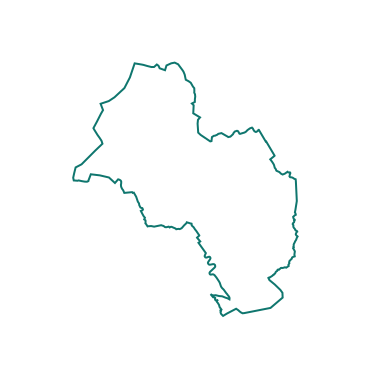 Domnesti, Arges, Romania (Natural Earth projection), rotated 239°
{"feature_id": "2599482B99518216474378", "entity_name": "Domnesti", "entity_type": "district", "adm_level": 2, "iso_a3": "ROU", "parent_name": "Romania", "parent_adm1": "Arges", "projection": "natural_earth1", "projection_center": [24.832, 45.212], "detail": "fine", "context": "isolated", "style": "outline", "palette": "teal", "viewbox_px": 384, "rotation_deg": 239, "n_neighbors": 0, "source": "geoboundaries", "source_scale": "gbopen_adm2", "svg_char_len": 5507}
<svg xmlns="http://www.w3.org/2000/svg" viewBox="0 0 384 384"><g transform="rotate(239 192 192)"><path d="M313.0,240.5L313.6,235.3L310.3,231.6L314.7,228.0L317.5,228.3L319.4,227.5L318.7,223.9L320.0,221.6L323.1,218.5L325.9,215.9L327.1,214.6L331.8,209.1L322.2,197.8L315.9,187.6L313.1,174.3L312.8,167.5L314.7,159.1L308.0,157.9L306.0,154.3L301.3,146.8L297.5,140.4L295.8,140.3L289.5,140.4L285.9,140.7L282.4,140.8L279.5,140.1L277.4,130.7L272.6,111.6L273.0,104.9L268.7,100.6L265.4,97.5L262.8,96.6L260.6,99.7L260.3,100.8L258.1,103.1L255.9,105.7L254.9,107.3L254.7,108.7L254.9,108.8L259.3,114.4L253.7,121.6L247.2,128.3L239.4,130.6L240.9,135.2L240.4,135.7L239.7,136.2L239.2,136.5L238.7,136.7L238.0,136.8L237.9,136.8L237.2,136.6L236.3,136.0L235.4,135.4L235.0,134.9L233.6,134.2L232.6,133.9L230.8,133.7L228.9,133.9L226.1,133.5L222.7,140.6L221.8,140.8L221.7,140.8L221.4,141.8L216.7,141.7L211.6,140.6L209.5,140.7L207.8,140.0L205.9,139.9L205.4,139.8L204.4,140.4L203.8,141.1L202.5,141.0L202.4,141.0L201.9,140.3L202.1,138.4L200.6,138.3L198.9,138.2L196.2,138.1L194.2,138.4L193.1,136.9L192.1,137.4L191.6,137.5L190.1,136.7L189.1,135.9L188.4,136.1L185.5,136.2L185.5,136.3L184.8,137.6L183.9,139.4L181.8,141.7L179.4,148.5L178.4,149.3L177.6,150.1L175.8,150.8L175.1,151.7L174.3,154.2L173.1,154.6L173.1,155.7L172.8,156.4L172.7,156.5L172.2,156.9L169.1,159.1L168.2,159.3L167.8,160.4L167.3,161.5L166.5,162.4L166.5,162.5L166.3,164.4L167.0,166.7L167.4,167.8L168.2,171.3L168.7,171.9L167.1,173.4L166.1,174.2L165.5,174.9L165.2,175.2L165.1,175.3L164.6,175.2L164.0,174.7L163.5,174.6L162.6,174.7L161.3,175.2L160.0,175.3L158.6,175.3L156.4,175.6L151.0,175.9L150.9,175.8L150.3,172.8L150.2,172.8L145.4,173.6L145.1,171.5L145.1,171.4L132.5,172.4L131.0,170.3L130.5,169.8L129.8,169.7L129.1,169.8L128.5,170.3L128.2,171.1L128.0,172.3L127.8,173.0L127.5,173.6L127.0,173.9L126.9,173.9L126.2,173.9L125.7,173.7L125.0,172.8L123.9,170.3L123.5,169.6L123.0,169.1L122.4,169.0L121.8,169.0L121.3,169.1L120.7,169.5L120.2,170.5L119.3,173.0L118.7,173.7L118.6,173.8L117.8,174.1L116.9,173.9L116.0,173.4L115.6,172.5L114.3,166.5L114.1,166.0L113.8,165.5L113.5,165.3L113.2,165.1L112.8,165.0L112.5,165.0L112.2,165.0L111.7,165.3L111.4,165.8L110.7,167.5L110.2,168.0L109.1,168.5L106.0,168.9L101.2,169.1L99.7,169.0L96.6,168.3L95.4,168.2L94.3,168.3L91.9,168.9L88.0,169.2L86.3,169.5L84.8,169.6L83.8,169.8L82.8,169.8L82.2,169.7L81.7,169.5L81.2,169.2L80.7,168.8L82.6,167.7L84.3,166.2L87.0,164.2L88.9,161.6L91.3,159.2L92.2,157.3L93.3,156.1L93.9,155.8L94.1,155.7L94.0,155.4L91.0,155.9L90.9,155.9L90.4,156.6L89.9,156.9L89.5,157.3L89.1,157.3L88.5,156.7L87.9,156.4L87.1,156.4L86.7,156.6L86.5,157.0L86.4,157.8L86.3,158.0L86.1,158.0L86.1,157.9L85.9,157.3L85.5,156.9L84.9,156.8L83.5,157.0L81.2,157.0L79.2,156.4L78.1,156.6L77.4,156.4L76.6,156.7L76.0,156.7L75.9,156.4L76.1,155.8L75.7,155.2L75.4,155.1L74.9,155.4L74.0,154.4L72.8,154.2L72.3,154.2L69.8,154.8L69.8,159.6L69.2,169.7L66.8,170.8L65.1,171.3L63.4,172.0L62.0,172.9L61.3,174.4L52.2,199.6L54.8,215.3L59.0,217.6L62.6,217.3L70.1,215.3L76.6,213.0L79.0,213.2L79.0,214.3L78.7,214.7L78.8,217.9L79.1,218.6L78.9,219.3L79.4,220.5L79.3,221.0L79.5,221.5L80.2,222.4L80.5,223.4L80.5,224.4L81.2,225.2L81.2,225.9L80.6,226.4L80.8,227.1L80.8,227.8L81.1,228.9L80.9,229.6L80.4,230.1L79.9,231.5L79.6,232.9L78.6,233.8L78.8,236.8L79.9,237.1L80.8,238.8L81.7,239.0L82.8,240.3L82.8,241.1L83.2,241.8L83.4,243.1L84.3,244.1L84.3,245.3L83.9,246.9L85.7,247.6L87.3,248.9L88.2,249.6L89.9,249.7L91.7,249.7L91.9,250.4L92.0,250.7L92.1,250.8L92.5,250.8L92.7,250.6L92.9,250.7L93.1,251.2L94.1,251.8L94.6,252.1L94.8,252.4L95.1,252.7L95.9,254.1L96.5,254.8L97.1,256.1L97.6,256.9L98.5,257.9L99.4,259.4L99.5,259.6L100.1,259.4L101.0,259.1L101.6,259.1L102.1,259.1L102.5,259.3L103.6,260.8L103.8,261.1L103.8,261.5L103.8,261.8L104.0,261.9L104.8,261.7L105.1,261.5L105.5,261.2L105.9,261.0L106.4,261.0L106.9,261.1L107.7,261.1L108.6,260.9L109.3,260.9L109.8,260.9L110.6,261.3L110.9,261.5L111.1,261.7L111.3,261.8L111.6,261.8L112.0,261.7L112.5,261.7L112.8,261.9L112.9,262.3L113.1,262.6L113.4,262.9L113.5,263.8L114.0,264.4L114.4,264.7L115.1,264.8L115.3,265.1L115.1,265.4L115.1,265.7L115.4,265.8L115.7,265.7L116.4,265.4L116.7,265.4L117.3,265.5L118.0,265.7L118.6,265.9L119.1,268.2L119.0,269.2L119.4,269.4L120.6,269.7L121.5,269.7L123.5,271.5L130.3,277.2L147.6,286.5L149.5,287.4L150.6,286.5L152.3,285.7L153.1,285.1L153.6,284.4L154.2,283.7L155.2,283.6L156.7,285.0L157.1,285.6L157.4,285.9L157.8,286.1L158.1,286.1L158.3,286.1L158.5,285.9L158.6,285.5L159.1,284.7L159.6,284.3L160.1,284.3L160.1,283.6L159.9,280.9L160.3,278.7L161.4,278.0L162.2,277.6L163.7,277.3L164.2,277.1L166.6,275.4L166.9,275.3L167.2,275.3L167.6,275.5L168.9,275.6L170.1,275.4L172.9,276.2L174.5,276.3L176.9,276.2L179.7,275.9L180.5,281.4L180.6,281.5L197.1,281.6L197.1,281.2L210.8,281.3L211.0,281.0L210.4,279.5L210.5,277.7L211.8,276.8L213.9,276.7L215.1,276.9L216.2,276.5L216.3,276.5L216.7,274.5L216.5,271.5L215.9,269.3L215.9,267.7L217.1,263.1L217.6,262.7L220.3,262.8L221.3,262.1L221.8,259.8L221.1,257.9L220.4,256.9L219.7,253.5L219.7,253.4L220.4,251.4L220.5,251.4L227.3,247.6L228.3,244.5L228.1,243.1L228.4,240.8L228.9,239.7L228.8,237.4L225.6,234.9L226.0,233.7L236.5,228.8L239.7,227.9L247.7,232.0L250.8,234.3L251.8,237.3L258.8,233.6L265.5,238.1L267.9,237.5L267.7,240.8L270.1,242.3L272.1,243.9L274.2,244.9L276.0,245.1L277.3,246.0L279.8,247.4L281.9,247.1L286.3,247.2L288.8,246.1L291.4,244.5L292.7,244.9L296.4,246.2L299.8,246.7L300.8,246.6L301.4,246.6L308.6,245.9L311.8,243.8L313.0,240.5Z" fill="none" stroke="#0f766e" stroke-width="2"/></g></svg>